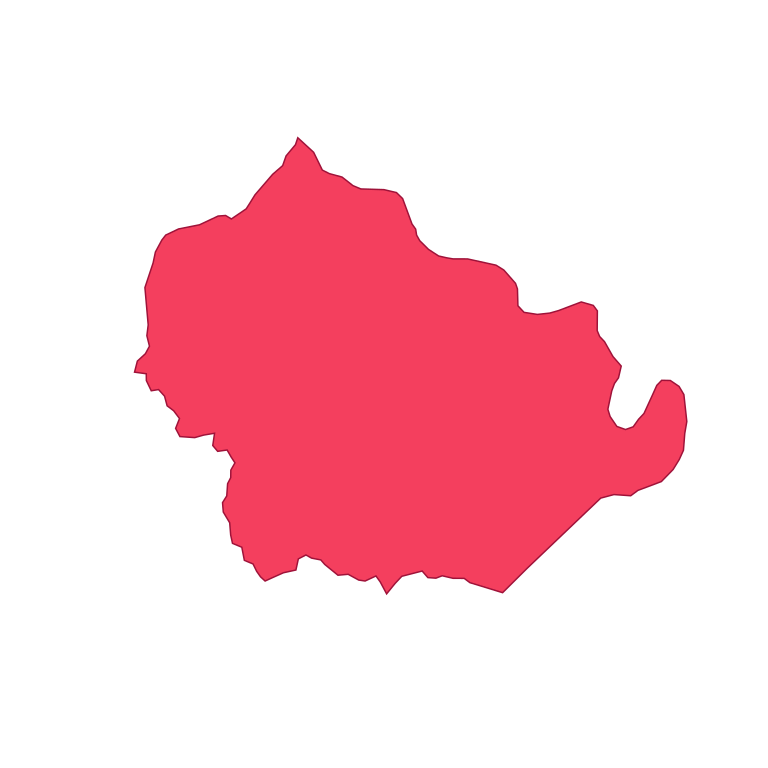 outline of Cambará, Paraná, Brazil, rotated 49°
{"feature_id": "56859067B26074269833743", "entity_name": "Cambará", "entity_type": "district", "adm_level": 2, "iso_a3": "BRA", "parent_name": "Brazil", "parent_adm1": "Paraná", "projection": "mercator", "projection_center": [-50.083, -22.996], "detail": "fine", "context": "isolated", "style": "filled", "palette": "rose", "viewbox_px": 768, "rotation_deg": 49, "n_neighbors": 0, "source": "geoboundaries", "source_scale": "gbopen_adm2", "svg_char_len": 1910}
<svg xmlns="http://www.w3.org/2000/svg" viewBox="0 0 768 768"><g transform="rotate(49 384 384)"><path d="M287.9,258.5L281.6,257.9L256.3,248.3L247.7,249.0L237.3,256.5L221.6,273.5L213.9,277.3L200.3,279.9L189.4,287.2L182.1,290.2L163.0,285.1L141.6,287.5L145.3,293.8L147.6,308.2L152.7,317.2L152.7,330.5L156.6,357.3L159.3,366.0L161.4,373.1L159.3,390.9L152.9,393.0L148.4,399.0L142.8,418.8L132.2,437.3L128.4,451.0L129.6,457.2L134.4,469.9L141.2,478.9L154.4,501.2L184.7,523.2L192.0,531.3L201.6,536.2L204.6,544.2L204.9,555.1L211.4,564.5L220.3,556.7L225.5,561.1L236.4,564.1L240.3,557.8L249.2,557.6L258.2,562.0L266.2,560.3L275.9,561.0L280.8,570.4L289.8,572.5L300.3,562.0L304.2,553.7L310.0,544.2L318.1,553.6L325.7,553.7L330.9,545.7L339.0,547.3L345.7,548.2L348.5,556.1L354.1,561.1L356.6,567.4L365.3,576.1L367.6,583.7L375.2,589.3L387.5,591.5L397.4,598.8L404.9,602.9L413.9,598.4L425.5,605.1L433.9,600.9L441.8,603.0L448.5,603.7L454.7,603.0L456.9,595.5L460.5,583.7L466.6,572.5L459.8,563.4L461.8,555.1L467.9,552.9L475.3,547.1L481.3,547.1L498.1,544.2L504.1,535.9L515.4,531.7L520.3,527.5L523.6,516.0L530.9,516.7L544.1,519.7L541.8,506.5L540.8,496.7L550.2,477.9L558.9,477.9L564.6,472.2L566.9,465.9L575.9,459.4L583.3,451.0L590.3,449.5L619.3,431.4L617.0,396.8L612.3,295.3L618.3,283.0L630.2,271.1L630.9,262.1L639.6,238.7L638.2,221.9L634.7,210.7L630.5,201.5L618.6,189.4L611.0,180.1L588.7,164.6L579.4,162.9L569.2,165.6L563.4,172.0L564.0,179.0L568.2,188.1L576.8,207.1L577.6,214.9L579.8,224.0L576.8,231.6L568.8,236.1L556.9,234.7L549.9,231.6L538.6,216.6L534.8,209.7L533.2,203.0L526.1,193.2L513.5,193.2L496.7,189.8L489.7,190.1L483.6,188.1L468.8,175.0L462.0,174.5L451.5,181.3L443.1,204.1L439.2,212.4L432.1,222.6L421.8,231.3L412.8,231.6L399.8,220.9L394.3,218.7L376.6,218.8L367.8,221.5L344.4,238.9L335.0,249.7L329.9,253.9L323.2,258.8L311.6,262.1L299.3,263.0L293.0,261.7L287.9,258.5Z" fill="#f43f5e" stroke="#9f1239" stroke-width="1.5"/></g></svg>